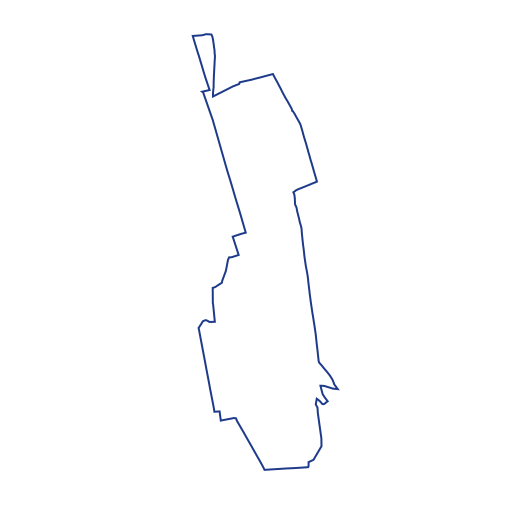 the district of San Jacinto Amilpas, Oaxaca, Mexico, rotated 192°
{"feature_id": "50627088B74733696146426", "entity_name": "San Jacinto Amilpas", "entity_type": "district", "adm_level": 2, "iso_a3": "MEX", "parent_name": "Mexico", "parent_adm1": "Oaxaca", "projection": "albers", "projection_center": [-96.758, 17.093], "detail": "fine", "context": "isolated", "style": "outline", "palette": "blue", "viewbox_px": 512, "rotation_deg": 192, "n_neighbors": 0, "source": "geoboundaries", "source_scale": "gbopen_adm2", "svg_char_len": 3375}
<svg xmlns="http://www.w3.org/2000/svg" viewBox="0 0 512 512"><g transform="rotate(192 256 256)"><path d="M240.4,394.6L240.8,395.1L243.2,397.8L245.0,399.8L248.0,403.3L250.0,405.3L250.8,405.5L251.6,407.3L257.3,413.9L259.9,416.6L262.6,419.8L265.0,422.7L266.7,424.9L268.9,427.5L271.2,430.3L273.9,433.4L277.3,437.5L286.5,432.8L286.7,432.7L287.6,432.2L293.8,429.2L296.4,427.8L308.1,422.5L308.2,420.8L313.7,417.2L331.2,403.1L331.9,406.0L332.4,410.4L332.5,412.1L333.5,416.9L334.5,422.7L335.6,429.5L336.4,434.7L336.5,435.2L336.9,437.7L337.3,440.6L337.8,443.4L338.4,445.0L338.9,446.8L339.4,448.8L340.5,451.6L341.2,453.7L341.9,455.7L343.3,459.3L344.4,461.7L345.7,463.4L346.5,463.3L350.9,462.6L354.6,460.7L355.3,460.5L363.6,458.1L361.9,454.9L360.1,451.6L359.2,450.0L355.6,443.5L353.5,439.9L342.9,420.5L335.9,408.7L342.8,405.5L341.7,405.0L326.5,379.9L304.6,338.6L301.6,333.0L296.9,324.6L292.0,315.6L288.8,309.6L280.1,293.9L270.9,276.7L275.6,274.3L282.8,270.1L273.2,253.4L278.6,250.3L279.9,249.6L282.0,249.1L282.6,246.5L282.4,237.3L282.4,235.1L283.9,224.6L283.8,222.8L285.4,221.2L289.6,217.0L291.7,215.8L288.4,200.8L287.9,199.8L282.6,183.1L287.7,181.8L289.4,182.4L291.3,182.8L292.1,182.7L294.2,181.3L294.5,180.9L295.5,178.0L296.1,176.5L296.6,175.1L297.2,173.6L296.9,173.1L295.1,168.8L289.2,154.7L284.8,144.2L280.4,133.6L278.5,129.1L275.4,121.7L274.5,119.5L273.2,116.3L267.1,102.0L265.4,97.9L264.3,95.0L259.3,96.4L256.2,87.7L246.3,91.9L243.9,92.9L241.9,93.1L240.2,90.6L234.5,84.3L232.4,82.0L225.4,74.1L223.0,71.4L221.3,69.5L218.5,66.3L217.8,65.5L211.6,58.5L211.3,58.2L206.4,52.6L204.6,50.4L203.2,48.6L196.4,50.5L181.7,54.6L174.8,56.4L164.8,59.2L161.1,60.3L160.9,61.4L161.2,62.9L161.7,65.3L157.4,68.6L152.4,83.5L154.1,91.1L163.0,115.6L164.3,120.4L166.7,123.3L166.9,129.0L164.7,128.0L162.9,127.0L161.0,125.5L160.2,125.0L159.7,125.0L158.9,125.2L158.5,125.5L158.3,125.6L158.1,125.9L157.1,127.2L155.7,128.8L159.4,132.0L160.2,132.8L162.0,134.6L163.5,137.5L166.0,142.5L165.1,142.7L162.8,143.0L160.7,143.0L157.9,142.7L155.4,142.5L153.9,142.3L151.7,142.4L149.7,142.7L148.4,142.8L149.3,143.6L150.7,144.9L152.6,146.5L154.6,149.7L155.9,151.4L156.7,152.2L157.2,152.7L158.7,154.3L162.3,157.3L166.2,160.3L169.1,162.7L171.5,164.4L172.2,165.1L172.3,165.2L172.9,166.3L173.2,167.3L173.7,168.7L174.5,171.2L175.1,173.0L176.3,176.7L177.7,180.8L178.1,182.0L179.5,186.2L180.6,189.7L181.1,191.2L181.7,192.9L182.2,194.2L184.4,200.2L185.6,203.3L187.2,207.5L189.4,213.1L189.8,214.3L190.3,215.6L192.0,220.1L192.7,222.0L193.5,224.3L195.3,229.3L197.7,236.4L199.2,240.8L199.3,241.0L200.1,243.7L201.4,247.4L201.7,248.2L202.3,249.7L202.9,251.2L204.1,254.0L205.0,256.1L206.6,260.4L208.6,265.8L209.9,269.9L210.8,272.6L211.7,275.1L212.3,276.7L212.8,278.3L213.8,281.3L215.6,286.9L216.5,289.9L217.0,291.9L217.7,293.4L218.0,294.2L220.2,298.2L221.1,300.2L221.2,300.5L222.0,302.2L222.8,303.8L225.2,308.7L225.4,309.2L225.7,309.9L226.2,311.4L227.7,313.6L228.1,313.9L228.7,315.1L229.9,320.1L231.2,323.9L232.7,326.1L231.8,327.0L230.3,328.8L228.7,330.0L223.6,333.4L211.9,341.4L212.1,341.9L215.0,347.3L216.0,349.1L218.2,353.3L220.8,358.2L222.3,360.8L222.7,361.6L223.0,362.2L224.3,364.7L224.8,365.7L226.4,368.6L226.9,369.6L228.0,371.8L228.3,372.2L229.9,375.4L230.5,376.5L231.8,378.8L232.7,380.5L233.6,382.0L235.3,385.3L237.1,388.8L237.8,390.1L238.9,392.1L239.5,393.2L240.4,394.6Z" fill="none" stroke="#1e3a8a" stroke-width="2"/></g></svg>